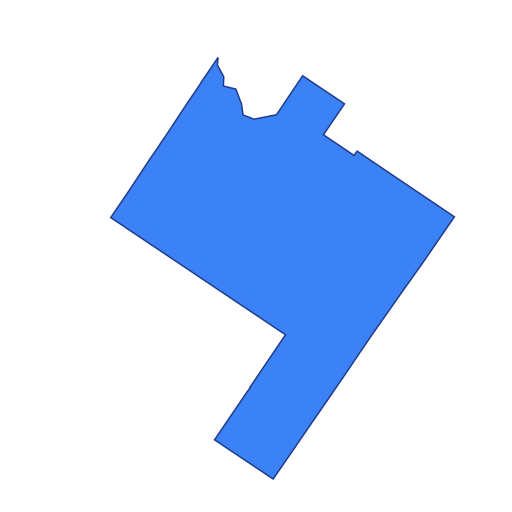 outline of Bonner, Idaho, United States of America, rotated 214°
{"feature_id": "52423323B26002580229088", "entity_name": "Bonner", "entity_type": "district", "adm_level": 2, "iso_a3": "USA", "parent_name": "United States of America", "parent_adm1": "Idaho", "projection": "equal_earth", "projection_center": [-116.598, 48.369], "detail": "fine", "context": "isolated", "style": "filled", "palette": "blue", "viewbox_px": 512, "rotation_deg": 214, "n_neighbors": 0, "source": "geoboundaries", "source_scale": "gbopen_adm2", "svg_char_len": 841}
<svg xmlns="http://www.w3.org/2000/svg" viewBox="0 0 512 512"><g transform="rotate(214 256 256)"><path d="M398.1,311.5L398.0,303.7L398.2,299.2L398.0,290.1L398.2,277.2L397.8,239.2L397.9,214.4L397.9,206.6L187.5,207.2L187.6,143.7L187.1,143.7L187.4,139.2L187.6,80.4L117.1,80.7L116.7,116.0L116.5,150.0L116.3,160.4L116.3,163.2L115.9,207.4L115.9,233.0L115.9,235.6L115.8,254.6L114.7,314.6L114.4,323.2L114.4,323.3L114.4,324.4L114.4,324.5L114.4,325.5L114.4,325.8L114.4,327.0L113.9,345.1L113.8,359.6L113.7,374.3L113.4,399.4L212.2,399.4L230.8,399.5L230.9,394.2L267.9,394.2L267.7,431.6L318.1,431.5L318.0,384.5L334.2,368.3L345.6,365.7L353.1,374.0L366.1,383.1L378.1,378.7L382.9,386.5L394.8,392.7L398.5,399.4L398.5,391.1L398.6,369.0L398.4,366.6L398.4,362.7L398.4,358.5L398.5,345.2L398.1,311.5Z" fill="#3b82f6" stroke="#1e3a8a" stroke-width="1.5"/></g></svg>